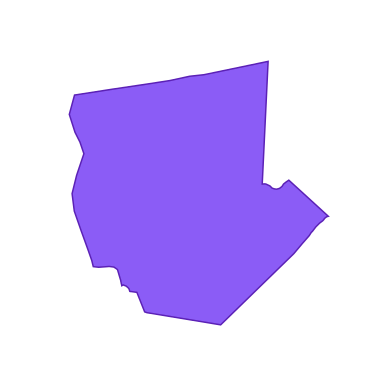 the district of San Juan Bautista Jayacatlán, Oaxaca, Mexico, rotated 248°
{"feature_id": "50627088B83375610183183", "entity_name": "San Juan Bautista Jayacatlán", "entity_type": "district", "adm_level": 2, "iso_a3": "MEX", "parent_name": "Mexico", "parent_adm1": "Oaxaca", "projection": "albers", "projection_center": [-96.822, 17.437], "detail": "fine", "context": "isolated", "style": "filled", "palette": "violet", "viewbox_px": 384, "rotation_deg": 248, "n_neighbors": 0, "source": "geoboundaries", "source_scale": "gbopen_adm2", "svg_char_len": 1103}
<svg xmlns="http://www.w3.org/2000/svg" viewBox="0 0 384 384"><g transform="rotate(248 192 192)"><path d="M268.0,106.1L250.6,91.2L235.4,80.2L218.4,75.7L197.7,74.7L189.3,74.4L176.4,73.9L166.0,73.4L159.8,72.5L159.4,73.2L157.2,77.3L155.0,84.1L154.0,87.3L151.7,91.4L149.4,93.0L148.5,93.5L148.4,93.6L148.0,93.8L147.6,93.8L138.2,92.9L136.8,92.8L135.6,92.5L134.8,92.4L134.3,92.3L134.0,92.2L132.4,92.0L131.4,91.8L131.6,93.4L129.2,95.9L128.2,96.3L127.4,96.8L127.1,96.9L125.6,97.3L123.2,97.1L122.9,97.4L122.4,98.5L121.8,99.5L121.0,100.9L119.6,103.3L98.6,103.2L97.0,105.0L58.1,168.8L96.7,263.3L102.8,274.8L107.6,284.3L109.8,287.4L110.4,288.9L112.0,291.6L113.3,293.8L115.3,298.5L116.1,301.5L116.3,302.3L117.1,304.0L117.8,304.9L118.2,306.2L118.6,307.6L118.4,309.3L166.7,286.2L166.0,282.9L165.1,279.9L163.4,277.5L162.6,274.5L162.9,271.5L164.0,269.6L165.5,267.8L168.5,266.5L170.3,264.8L171.7,263.5L172.3,262.4L173.1,260.1L284.6,311.5L296.3,246.9L300.2,233.1L303.6,213.3L309.0,190.4L317.0,157.3L325.9,119.4L309.9,107.3L291.2,105.9L280.2,106.8L268.0,106.1Z" fill="#8b5cf6" stroke="#5b21b6" stroke-width="1.5"/></g></svg>